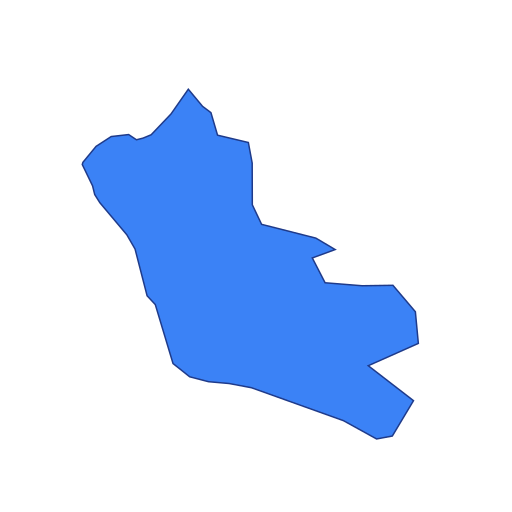 SVG path tracing the border of Pavilostas, rotated 287°
{"feature_id": "LVA-5719", "entity_name": "Pavilostas", "entity_type": "Municipality", "adm_level": 1, "iso_a3": "LVA", "parent_name": "Latvia", "parent_adm1": "", "projection": "albers", "projection_center": [21.267, 56.804], "detail": "fine", "context": "isolated", "style": "filled", "palette": "blue", "viewbox_px": 512, "rotation_deg": 287, "n_neighbors": 0, "source": "natural_earth", "source_scale": "10m", "svg_char_len": 679}
<svg xmlns="http://www.w3.org/2000/svg" viewBox="0 0 512 512"><g transform="rotate(287 256 256)"><path d="M116.3,424.8L124.1,387.8L128.7,290.2L126.2,267.6L121.9,247.3L121.1,227.9L128.9,208.1L180.1,173.9L186.1,163.5L227.3,138.3L238.5,126.3L261.3,91.1L267.6,83.8L275.3,79.2L292.7,63.1L295.0,63.1L314.1,71.0L327.9,82.6L334.9,98.7L332.2,107.7L335.7,113.5L341.3,120.3L367.0,133.2L395.7,142.5L383.5,161.1L379.9,171.0L360.3,183.9L362.3,215.5L343.7,225.2L303.9,237.5L287.9,252.1L290.6,308.0L285.3,329.8L270.6,310.4L250.6,329.9L258.6,366.3L268.0,395.5L249.3,424.7L219.9,436.8L183.9,395.4L163.7,448.9L123.7,439.0L116.3,424.8Z" fill="#3b82f6" stroke="#1e3a8a" stroke-width="1.5"/></g></svg>